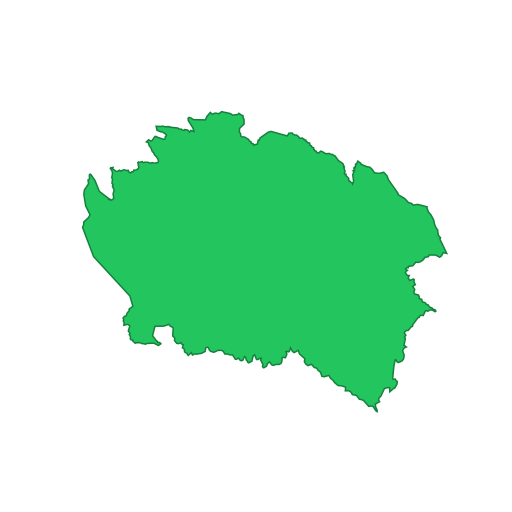 outline of Ullensaker nor, Akershus, Norway, rotated 297°
{"feature_id": "86288312B44440966574319", "entity_name": "Ullensaker nor", "entity_type": "district", "adm_level": 2, "iso_a3": "NOR", "parent_name": "Norway", "parent_adm1": "Akershus", "projection": "mercator", "projection_center": [11.196, 60.154], "detail": "fine", "context": "isolated", "style": "filled", "palette": "green", "viewbox_px": 512, "rotation_deg": 297, "n_neighbors": 0, "source": "geoboundaries", "source_scale": "gbopen_adm2", "svg_char_len": 6136}
<svg xmlns="http://www.w3.org/2000/svg" viewBox="0 0 512 512"><g transform="rotate(297 256 256)"><path d="M172.3,434.5L173.7,433.9L175.8,431.1L178.4,429.6L182.3,432.3L183.2,430.7L185.4,430.1L187.9,430.9L196.1,430.6L198.2,432.6L199.3,434.8L195.8,436.9L200.9,438.9L201.3,439.6L205.8,439.8L208.4,438.8L208.6,437.2L209.6,435.8L208.6,434.6L208.6,433.5L220.9,428.7L226.8,427.2L227.1,427.5L225.6,430.2L225.8,431.3L228.8,433.8L231.5,434.2L235.0,433.0L238.2,429.6L241.1,429.7L243.2,431.3L243.7,428.3L250.3,426.6L251.2,425.2L253.5,425.5L254.6,423.2L255.2,422.9L257.7,423.6L258.8,425.4L263.3,426.4L264.3,427.4L266.1,426.9L274.8,428.4L275.4,429.3L277.1,429.1L278.3,430.2L278.8,432.0L283.9,431.9L284.8,432.6L284.7,434.1L287.0,435.6L287.9,437.8L287.6,440.8L288.6,441.3L289.3,440.0L289.0,437.9L289.6,436.3L289.3,433.6L290.5,431.8L290.3,429.7L291.2,428.0L290.7,425.0L292.6,423.4L292.2,420.9L294.2,419.6L295.0,418.2L294.3,415.2L294.4,414.0L295.8,412.9L298.3,412.6L300.1,409.4L302.8,411.0L304.6,408.6L306.9,407.6L307.0,406.8L304.0,404.0L305.5,401.6L308.2,401.4L307.5,400.2L307.8,398.5L309.0,396.7L310.9,396.6L311.8,397.5L312.5,395.0L314.2,396.0L314.7,397.0L315.9,396.4L318.5,400.2L323.1,401.2L323.8,403.3L325.4,405.0L328.5,406.7L331.5,407.2L333.7,410.0L335.4,409.8L338.4,415.7L338.3,420.2L340.2,421.2L344.0,421.4L344.9,424.8L354.6,412.1L356.0,412.2L357.3,409.0L361.8,405.9L362.9,403.6L365.1,400.9L368.9,397.8L372.2,393.0L373.5,389.7L376.2,386.7L377.5,386.1L375.4,376.7L372.7,373.0L373.5,370.7L372.8,367.7L374.7,362.5L375.2,354.5L376.3,354.1L384.0,339.5L386.9,336.4L388.6,331.8L385.6,328.4L383.9,323.8L385.9,320.3L386.8,317.1L385.9,314.1L385.4,307.9L386.2,307.3L386.8,303.6L383.7,303.8L383.1,303.0L380.9,304.1L379.5,303.2L378.8,303.4L379.2,304.2L376.7,304.2L376.6,304.8L375.9,303.9L375.6,304.9L372.3,305.3L366.8,309.1L364.4,309.3L364.9,308.9L364.7,307.0L365.4,305.2L365.1,304.5L367.3,303.3L368.3,300.1L369.7,298.9L369.1,298.6L369.8,297.1L371.9,296.9L375.0,293.8L375.4,294.3L377.8,291.4L378.5,286.0L381.1,280.9L380.8,279.4L381.3,278.2L380.5,276.6L380.7,274.9L378.8,271.7L379.1,267.6L378.7,265.9L376.1,265.1L375.9,263.2L376.7,262.1L376.5,260.5L377.2,259.8L377.1,258.9L378.6,258.3L378.4,256.3L379.3,255.5L379.1,254.1L381.0,252.5L380.4,250.2L381.1,249.3L381.0,248.1L381.9,247.8L381.4,246.3L382.0,245.5L381.8,244.7L382.2,243.8L380.6,241.5L381.6,239.9L382.2,237.4L381.5,236.1L381.4,233.3L382.0,232.4L380.4,229.6L377.2,229.4L373.8,212.7L371.7,210.5L362.9,206.0L360.4,206.2L360.3,205.4L356.4,206.4L353.8,203.6L354.8,202.3L354.3,200.8L355.6,199.5L355.4,197.7L356.5,196.6L356.8,191.6L355.7,189.4L356.0,188.0L358.2,186.5L358.7,185.1L362.2,183.4L368.2,185.5L372.4,183.2L372.9,182.2L375.2,180.6L374.9,179.1L375.4,176.0L373.8,175.5L371.3,171.9L371.0,170.7L371.3,168.5L369.0,159.8L366.0,158.4L364.8,154.7L362.4,152.6L363.2,150.1L358.3,148.9L354.3,149.1L349.5,139.2L349.1,138.1L349.4,135.6L349.1,133.4L347.8,133.0L346.0,134.1L341.4,141.7L338.8,144.2L338.3,140.9L336.2,140.6L337.2,137.9L336.4,135.2L335.6,135.2L334.8,133.6L335.1,131.7L334.7,131.4L334.2,129.1L334.6,128.3L332.3,122.4L331.8,120.7L332.0,120.5L331.3,119.4L331.5,118.7L330.5,117.9L329.1,113.4L328.0,112.1L326.3,108.1L323.0,110.8L323.4,114.7L324.0,116.3L323.6,120.2L322.7,121.6L321.0,121.1L318.8,121.8L318.1,121.1L317.0,114.2L317.3,113.3L316.7,111.7L311.2,110.9L310.7,110.0L310.8,107.5L307.9,106.5L308.2,108.4L305.8,110.7L304.7,113.1L301.8,116.4L301.7,117.9L300.3,119.2L298.9,122.9L297.4,125.2L295.9,126.2L294.3,125.8L292.5,123.1L292.1,121.0L290.8,120.1L290.5,117.4L289.0,114.1L288.2,113.5L288.1,112.3L288.5,111.8L286.5,109.6L286.5,108.7L285.5,108.3L281.6,111.4L280.2,111.4L277.6,109.6L277.2,108.2L275.0,108.2L274.8,107.2L273.0,106.5L273.1,104.9L274.4,103.1L273.6,102.4L272.9,99.2L270.1,96.7L270.5,95.4L268.5,94.1L267.9,92.8L268.8,88.3L270.0,88.4L268.7,86.5L267.9,86.4L266.5,89.0L264.3,90.7L260.3,91.9L259.3,93.2L255.3,94.7L254.5,96.4L252.9,96.4L250.4,99.7L246.6,100.4L242.7,103.1L240.2,102.0L240.3,100.3L239.8,100.4L239.5,98.9L240.3,98.8L242.5,87.1L250.3,78.1L253.6,71.9L253.7,71.1L252.7,70.7L248.8,72.7L247.5,71.8L244.3,74.0L236.9,73.1L232.8,74.6L223.3,81.5L217.4,89.4L214.1,89.3L208.2,87.1L205.5,88.3L202.8,88.4L181.7,111.6L163.1,161.8L155.3,169.1L151.0,167.0L150.1,167.9L146.7,167.1L143.9,167.5L142.5,166.2L140.3,165.7L139.4,167.0L138.0,167.2L136.7,168.8L134.3,169.7L136.8,172.6L136.7,174.3L136.2,175.4L131.3,176.2L129.8,178.8L128.5,178.7L127.2,180.7L125.0,181.7L124.6,182.8L125.3,184.2L124.4,184.6L123.4,187.9L125.1,189.6L125.0,190.3L126.0,191.6L126.3,194.9L127.0,195.7L127.1,197.4L128.6,198.6L132.0,204.6L131.9,209.6L134.6,211.1L135.2,209.5L134.4,207.6L135.2,206.9L135.4,205.4L138.1,200.0L147.6,197.9L151.6,205.6L155.5,209.4L154.6,211.4L154.5,214.3L154.0,215.0L146.9,218.1L146.0,220.9L143.7,221.7L142.2,225.0L142.7,226.7L144.7,228.8L143.9,229.6L143.6,230.7L143.9,231.5L140.8,232.1L140.7,233.7L140.1,234.6L138.1,235.9L137.9,238.4L136.6,240.7L140.6,242.3L139.0,244.1L139.0,244.7L140.8,245.4L141.4,247.3L144.4,251.5L147.8,254.0L151.3,252.9L152.8,254.3L152.6,255.6L151.3,256.7L150.4,258.8L151.1,262.2L154.2,264.6L155.7,266.8L156.3,268.6L156.2,270.1L154.5,272.8L155.7,275.0L156.0,277.5L157.2,280.1L154.6,284.4L155.0,285.4L157.1,286.7L156.0,288.9L155.9,290.4L157.1,291.6L161.2,291.4L160.8,293.1L159.0,294.3L158.5,296.0L157.5,297.0L157.5,298.0L160.3,300.1L165.7,298.8L167.3,299.6L164.0,303.5L164.6,304.7L167.0,306.2L167.3,307.2L165.4,307.4L162.4,311.5L160.6,311.9L159.9,312.9L159.9,313.7L162.5,315.4L165.4,315.1L167.7,316.1L166.1,319.7L166.4,321.0L168.8,323.5L169.7,325.6L171.4,327.0L173.6,327.0L177.1,325.5L177.9,326.0L178.7,328.4L182.5,328.1L184.5,326.1L185.1,326.6L185.2,328.3L186.0,329.0L189.8,328.5L187.6,331.7L187.2,333.8L191.1,336.5L188.5,339.2L186.6,346.2L183.9,347.0L182.3,349.5L181.9,352.1L184.7,354.6L183.1,358.4L183.6,361.1L182.3,363.2L181.7,366.3L178.7,369.3L179.3,371.5L182.7,375.2L180.8,378.0L180.3,380.7L178.8,383.8L178.0,387.2L177.9,388.3L179.2,391.1L179.8,395.4L176.4,396.8L178.1,399.9L177.7,402.7L176.2,404.8L177.2,408.0L177.2,409.3L175.3,413.1L176.0,415.6L176.1,417.5L173.2,424.7L175.0,427.4L175.0,428.7L172.5,433.1L172.3,434.5Z" fill="#22c55e" stroke="#15803d" stroke-width="1.5"/></g></svg>